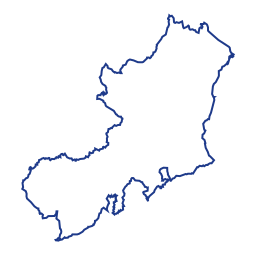 Tianguistengo, Hidalgo, Mexico
{"feature_id": "50627088B25883643006706", "entity_name": "Tianguistengo", "entity_type": "district", "adm_level": 2, "iso_a3": "MEX", "parent_name": "Mexico", "parent_adm1": "Hidalgo", "projection": "equal_earth", "projection_center": [-98.571, 20.781], "detail": "fine", "context": "isolated", "style": "outline", "palette": "blue", "viewbox_px": 256, "rotation_deg": 0, "n_neighbors": 0, "source": "geoboundaries", "source_scale": "gbopen_adm2", "svg_char_len": 5837}
<svg xmlns="http://www.w3.org/2000/svg" viewBox="0 0 256 256"><path d="M169.3,15.4L169.1,16.8L168.0,18.4L168.0,18.9L169.1,19.6L168.6,21.5L169.1,24.8L168.7,25.2L168.3,26.8L167.5,27.5L165.8,34.5L162.3,36.8L161.2,39.1L156.7,44.9L157.0,45.5L156.4,47.0L156.6,48.5L155.4,51.5L154.4,52.3L153.4,52.4L153.2,53.9L152.5,55.4L151.4,56.0L151.0,57.3L149.9,58.2L148.8,57.5L147.1,57.6L147.2,58.2L143.3,61.9L142.2,62.3L137.9,62.2L133.6,60.4L129.9,59.5L128.6,60.1L127.2,61.2L125.7,64.6L122.9,65.5L122.8,66.6L120.4,69.6L120.3,70.8L121.4,73.1L120.1,73.1L119.1,72.5L117.0,73.0L115.0,72.1L114.6,72.5L112.9,71.2L111.6,69.3L108.3,68.2L107.7,67.5L107.6,66.1L105.8,64.0L103.8,67.3L102.4,68.0L101.7,71.0L101.3,75.1L99.7,77.4L100.7,79.5L101.1,81.8L102.6,84.1L105.4,85.8L105.6,86.7L106.3,87.5L106.1,89.6L107.0,92.8L105.8,94.0L104.3,92.7L104.5,94.2L104.2,94.5L103.7,93.4L103.8,94.1L103.2,94.9L103.4,94.0L103.0,93.4L102.9,94.1L101.8,92.0L102.0,93.4L100.6,94.4L100.5,95.2L98.2,95.1L97.4,95.8L97.2,99.0L99.5,98.8L103.3,100.7L103.3,101.7L105.1,103.1L105.7,105.5L106.3,106.3L113.9,110.9L116.0,114.3L116.7,114.5L117.6,115.7L119.3,116.7L121.0,116.7L121.4,117.8L122.4,118.4L122.5,118.9L121.9,120.0L121.7,121.8L120.4,123.2L120.1,124.9L118.0,125.0L116.1,125.9L114.6,125.1L112.1,127.5L112.0,128.1L110.6,128.1L109.8,128.9L108.5,129.0L107.9,132.2L106.4,133.3L106.3,133.9L107.6,136.8L106.9,138.2L107.0,140.7L106.7,142.1L108.3,142.9L108.2,144.9L106.3,146.0L105.3,147.6L103.7,146.8L103.1,147.0L102.9,148.6L99.8,149.4L99.2,150.6L95.2,148.6L95.3,149.9L93.3,151.0L93.1,152.7L91.5,153.2L89.6,152.4L89.3,153.3L89.5,155.2L88.7,155.7L88.1,157.2L85.9,156.3L85.5,157.7L84.0,158.6L80.1,159.0L78.2,159.9L76.4,159.4L75.5,161.5L75.4,160.2L74.6,159.5L72.6,160.3L71.6,158.4L69.7,158.5L67.1,157.3L64.9,153.7L63.6,155.2L63.1,155.1L62.5,153.9L61.4,154.0L60.2,155.3L60.4,157.2L58.6,156.3L58.1,157.7L56.3,157.3L55.5,159.1L55.7,158.0L54.2,159.1L51.9,158.9L50.3,160.2L49.6,159.5L49.3,158.0L48.9,157.9L47.1,158.7L45.9,158.2L45.0,159.0L43.7,158.0L41.5,158.8L40.7,159.6L39.1,160.0L38.7,162.3L37.2,162.8L37.3,164.7L35.7,164.5L35.5,166.4L33.4,168.3L32.2,168.7L30.6,167.1L29.8,167.5L29.3,169.4L30.5,169.6L30.8,170.4L29.7,173.8L28.5,174.8L28.2,176.6L27.5,177.8L26.1,178.2L24.2,180.3L23.2,180.3L23.1,181.9L22.5,182.9L23.1,187.2L22.3,188.9L25.8,191.2L26.6,193.7L26.5,196.5L27.0,198.5L31.0,202.2L34.4,206.3L37.0,208.2L38.4,208.5L38.3,209.7L39.4,211.1L39.6,213.1L40.2,213.2L40.1,213.8L41.6,213.6L43.0,214.9L42.5,216.6L42.8,218.3L46.5,217.8L48.3,216.1L54.4,216.0L56.2,213.7L56.5,211.3L57.3,211.3L56.4,218.6L59.2,220.9L60.0,228.6L60.8,229.3L61.3,231.3L61.1,233.0L60.1,234.5L59.3,238.2L58.2,238.1L56.8,239.7L55.6,239.9L55.8,240.3L58.6,240.6L60.4,239.3L60.6,239.8L62.1,239.5L64.7,237.3L65.3,237.9L67.9,237.7L68.6,236.7L71.5,235.8L72.4,234.4L77.2,234.4L79.1,233.8L82.6,231.7L84.3,229.7L87.9,227.7L88.2,226.8L89.0,226.9L92.0,226.0L93.6,225.0L93.4,224.4L94.2,224.0L94.9,222.4L95.0,220.8L96.3,220.4L98.3,218.2L99.4,213.5L100.8,212.9L101.7,209.1L103.6,207.7L107.3,210.5L106.8,209.3L107.3,206.7L108.5,203.8L109.0,203.5L108.7,201.8L106.7,198.7L108.7,195.3L110.2,197.0L110.6,196.0L111.7,196.7L111.8,196.3L112.0,196.8L113.7,196.6L114.0,196.3L113.8,195.4L115.1,194.5L115.6,195.2L116.8,195.6L115.7,196.9L115.6,198.4L115.9,198.4L115.8,199.3L116.3,200.1L115.7,200.5L116.2,201.1L115.4,201.3L115.2,202.0L113.8,202.2L113.8,203.4L114.6,204.8L114.0,205.8L114.3,207.2L113.5,207.2L114.1,209.1L113.4,209.5L113.2,210.2L113.9,211.5L112.6,212.9L114.5,214.5L114.9,213.7L116.3,213.8L117.3,212.8L117.9,213.1L118.4,211.7L119.2,211.8L119.1,210.9L119.8,211.2L120.5,210.1L121.1,210.7L123.1,209.6L122.8,206.3L124.0,206.1L122.5,203.3L123.8,199.7L123.2,199.3L122.4,197.5L124.2,195.7L124.5,193.4L123.7,192.5L123.1,190.4L125.4,186.6L126.3,186.0L127.5,184.2L129.7,183.4L129.8,181.1L130.9,181.0L131.3,178.7L132.0,178.0L133.4,178.1L135.2,180.4L139.5,180.8L141.2,182.0L142.3,182.2L142.6,183.3L144.5,185.7L144.8,186.8L146.4,187.1L147.1,187.8L147.8,187.6L147.6,190.7L143.5,191.9L143.2,192.4L143.9,194.1L145.5,195.1L145.7,195.8L146.9,196.9L146.4,198.2L148.1,201.2L147.9,198.9L148.5,197.6L149.6,196.0L154.1,192.1L154.6,190.3L157.1,186.6L158.4,186.0L159.0,186.7L159.9,186.6L160.4,188.2L161.2,188.2L161.6,186.7L163.0,186.8L162.6,185.1L163.2,184.5L164.9,184.6L165.6,182.5L167.4,181.5L168.6,179.8L167.8,179.4L166.5,179.7L165.3,179.0L163.7,179.6L163.2,180.7L162.1,180.7L162.5,179.4L162.0,178.6L162.2,176.5L161.1,173.9L159.5,172.2L159.9,169.9L160.9,168.9L163.5,167.7L167.2,167.9L167.3,171.3L167.9,173.3L167.9,174.5L169.8,178.0L170.4,180.6L170.8,180.8L172.6,178.6L174.3,178.1L176.3,175.8L179.9,176.1L185.7,174.0L186.7,174.3L188.0,173.7L191.3,173.8L191.9,173.2L193.0,173.6L197.2,167.1L198.0,167.3L199.6,165.8L202.0,166.2L203.2,165.4L204.2,166.2L206.2,164.9L207.7,165.0L208.3,164.2L210.2,163.2L211.6,163.3L214.0,160.2L210.0,156.2L209.0,155.6L207.8,151.9L205.7,147.8L204.9,143.4L205.4,143.1L204.5,140.0L202.3,138.1L202.6,134.6L204.1,133.5L205.4,130.5L204.4,129.9L204.1,129.0L203.2,123.8L205.4,120.7L206.6,120.4L207.9,119.1L209.1,119.2L209.5,116.2L211.0,112.7L214.3,100.0L213.9,97.4L214.4,97.0L213.4,96.9L212.1,94.0L212.9,86.4L213.8,84.0L215.8,82.1L218.6,76.7L218.9,75.5L218.8,71.0L221.4,69.6L222.3,66.7L223.9,66.2L226.8,63.7L227.2,62.9L227.6,64.0L227.9,63.8L229.4,58.7L230.2,57.4L229.2,57.7L229.3,56.6L231.7,54.9L231.7,57.0L232.3,57.2L233.3,56.4L233.0,55.6L233.7,54.5L231.2,52.9L230.3,51.2L229.7,47.7L228.9,46.8L218.4,40.0L208.4,31.2L208.0,30.4L208.0,27.4L207.3,25.3L206.8,24.4L204.2,22.7L203.7,24.0L200.9,24.0L200.8,24.4L202.1,25.7L202.5,26.9L201.8,28.2L200.6,27.3L199.4,28.3L198.6,32.9L196.2,32.0L195.2,30.2L194.3,30.3L192.6,29.3L190.2,29.7L189.3,28.7L188.9,26.1L188.3,25.6L186.8,26.9L183.9,28.2L183.3,27.5L182.1,21.4L179.0,22.9L176.4,22.2L175.3,22.9L174.5,22.7L174.0,22.1L173.7,18.2L171.8,15.8L170.4,16.3L169.3,15.4Z" fill="none" stroke="#1e3a8a" stroke-width="2"/></svg>